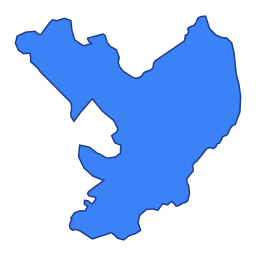 the border of Jász-Nagykun-Szolnok
{"feature_id": "HUN-3175", "entity_name": "Jász-Nagykun-Szolnok", "entity_type": "County", "adm_level": 1, "iso_a3": "HUN", "parent_name": "Hungary", "parent_adm1": "", "projection": "albers", "projection_center": [20.367, 47.222], "detail": "fine", "context": "isolated", "style": "filled", "palette": "blue", "viewbox_px": 256, "rotation_deg": 0, "n_neighbors": 0, "source": "natural_earth", "source_scale": "10m", "svg_char_len": 1955}
<svg xmlns="http://www.w3.org/2000/svg" viewBox="0 0 256 256"><path d="M198.2,17.8L201.1,16.6L205.6,16.1L209.5,28.5L215.9,35.0L221.2,37.4L226.6,38.0L231.7,42.9L234.0,52.7L236.1,73.4L239.0,84.9L240.6,96.4L239.9,112.0L235.3,124.2L232.1,125.9L229.7,129.2L228.5,132.6L226.7,135.1L222.6,136.7L221.3,139.9L219.5,143.0L217.1,143.9L215.7,147.0L213.4,148.5L210.0,147.5L206.7,148.7L196.8,161.2L194.1,163.1L192.3,166.3L193.0,167.8L193.1,171.0L186.8,178.7L187.0,182.5L188.6,185.6L189.5,193.6L187.7,200.9L185.1,202.6L182.5,203.1L179.3,205.4L176.0,206.2L173.9,203.3L171.3,201.5L167.5,204.9L162.6,203.6L157.9,210.3L152.3,208.9L146.4,209.5L139.8,215.2L138.0,222.3L140.6,230.4L135.0,233.8L129.2,235.6L123.8,239.9L117.6,238.2L111.6,232.6L92.3,238.9L80.1,231.0L75.7,229.4L72.5,230.2L70.1,228.3L69.5,225.0L71.8,218.7L70.8,218.1L74.5,212.8L80.2,210.7L85.2,211.0L87.7,206.4L84.4,204.3L84.4,200.4L88.1,200.8L91.1,203.5L92.7,203.7L95.7,199.2L95.7,197.7L93.8,196.8L91.1,196.4L88.6,195.6L87.6,193.6L88.6,191.6L94.4,187.3L103.7,180.4L93.2,176.3L84.0,168.0L78.6,156.9L79.6,145.1L89.2,147.1L97.5,153.4L99.8,154.1L102.3,155.6L106.9,158.3L115.3,157.0L120.4,153.3L120.8,145.3L114.9,142.8L111.6,135.7L116.7,131.9L118.0,128.8L113.7,120.5L102.4,111.2L92.3,98.8L80.5,112.4L74.0,121.3L71.1,116.8L70.8,113.4L71.5,109.6L71.5,105.2L70.2,101.8L40.6,72.0L37.5,67.8L30.6,61.6L30.7,57.6L29.9,53.1L23.7,53.7L18.5,50.2L15.4,43.4L17.1,36.2L26.0,32.1L35.0,31.3L38.7,34.3L40.7,34.7L49.8,22.4L52.6,19.7L56.4,20.8L64.3,18.3L70.8,20.5L71.9,30.4L74.6,39.7L83.4,45.8L91.5,43.6L89.0,41.7L87.4,38.3L103.0,34.0L105.3,35.8L107.0,42.1L110.2,46.4L116.4,49.8L119.2,57.5L118.2,62.9L120.0,67.2L122.9,71.0L132.4,77.3L136.1,78.4L140.1,77.1L141.7,75.9L143.7,73.1L144.6,72.1L150.6,70.1L152.9,68.0L153.7,62.9L155.2,60.9L184.3,41.0L185.3,36.7L185.3,35.2L186.8,34.8L187.6,34.2L188.1,33.2L188.7,31.6L187.7,28.7L189.3,27.2L194.3,25.1L196.4,22.0L197.2,19.6L198.2,17.8Z" fill="#3b82f6" stroke="#1e3a8a" stroke-width="1.5"/></svg>